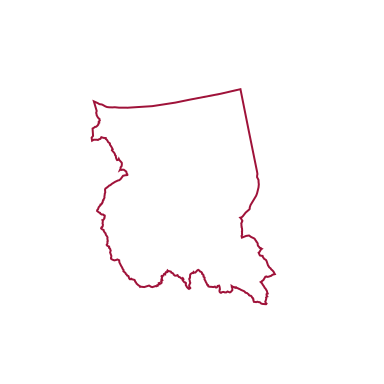 Lambayeque, Lambayeque, Peru (Natural Earth projection), rotated 138°
{"feature_id": "86281439B97940066257739", "entity_name": "Lambayeque", "entity_type": "district", "adm_level": 2, "iso_a3": "PER", "parent_name": "Peru", "parent_adm1": "Lambayeque", "projection": "natural_earth1", "projection_center": [-79.825, -6.15], "detail": "fine", "context": "isolated", "style": "outline", "palette": "rose", "viewbox_px": 384, "rotation_deg": 138, "n_neighbors": 0, "source": "geoboundaries", "source_scale": "gbopen_adm2", "svg_char_len": 6055}
<svg xmlns="http://www.w3.org/2000/svg" viewBox="0 0 384 384"><g transform="rotate(138 192 192)"><path d="M231.9,297.0L230.1,296.6L227.7,294.5L227.1,293.6L225.8,293.4L224.5,292.8L222.7,293.4L221.6,291.5L220.0,289.8L220.6,289.1L220.4,288.5L220.4,287.1L220.9,285.2L220.5,283.1L220.8,282.6L221.3,282.2L221.6,279.8L222.3,276.9L222.9,277.0L223.6,276.6L223.6,273.3L223.8,272.1L224.5,270.8L224.4,270.0L225.6,268.2L226.3,266.2L226.3,265.8L225.6,265.4L224.7,265.3L224.3,265.5L224.6,264.6L224.6,260.8L225.4,259.7L226.8,258.5L227.3,258.2L228.2,258.2L228.8,257.9L229.9,256.7L230.6,256.7L231.0,256.5L229.8,256.3L229.5,255.4L228.6,255.0L227.8,254.2L227.2,251.2L228.1,249.5L228.2,248.4L228.7,247.9L229.1,248.1L230.4,249.1L232.4,250.2L236.2,249.4L237.7,249.4L238.3,249.5L239.3,250.1L242.3,251.0L246.2,251.7L248.1,251.7L249.1,252.2L250.8,252.1L251.3,252.3L252.3,252.2L254.0,252.5L255.0,252.0L256.8,249.7L258.0,249.1L258.9,248.2L260.0,247.4L260.9,246.3L262.5,245.7L263.0,245.3L263.4,245.5L263.9,245.3L265.0,244.3L265.7,244.3L266.0,243.9L266.6,243.6L267.3,243.8L268.0,243.5L268.5,243.9L269.3,243.4L271.6,243.1L273.3,242.1L274.2,242.1L275.2,241.5L274.9,239.3L274.3,238.1L274.6,237.5L274.2,235.8L273.1,234.7L273.1,233.9L272.6,233.2L272.7,232.7L273.5,232.0L274.1,231.8L274.3,231.3L274.9,231.0L276.6,230.6L277.4,231.0L277.6,230.3L278.6,229.2L279.4,228.7L280.0,227.4L281.3,226.3L282.2,226.0L282.7,226.3L283.8,225.9L283.9,225.6L283.7,224.3L283.1,222.9L283.6,222.2L284.0,220.3L283.9,219.1L284.6,218.0L284.9,215.5L285.3,214.6L286.1,214.0L287.4,211.9L287.9,211.9L289.3,210.3L290.8,209.8L290.9,208.6L290.1,206.9L290.4,206.5L291.0,206.1L290.8,205.2L291.0,204.2L291.3,203.9L291.6,202.9L293.3,201.9L294.7,198.5L295.6,197.6L296.3,197.3L296.8,196.6L296.5,195.2L295.5,193.2L294.0,192.3L292.6,191.8L291.8,190.0L293.1,188.2L293.8,185.5L294.0,185.0L294.5,182.3L294.9,181.7L295.1,179.7L296.0,179.0L295.6,176.5L295.9,175.8L296.0,174.9L295.8,174.4L296.1,173.3L295.5,172.1L295.8,171.3L296.3,170.5L296.6,168.9L295.8,168.1L295.2,168.2L294.9,167.2L293.6,165.2L293.6,164.6L294.2,163.4L294.1,162.4L294.5,161.1L294.2,158.4L293.7,156.8L294.0,156.2L293.5,156.0L291.1,153.3L286.5,151.2L285.8,148.8L285.5,148.5L285.2,147.9L281.9,146.4L281.6,145.8L280.3,145.3L280.0,145.9L279.4,145.6L278.5,145.8L278.2,145.5L277.7,146.5L277.1,146.3L277.0,145.9L277.1,145.6L276.6,144.9L275.3,144.9L274.5,145.9L274.6,146.4L273.7,146.8L273.6,146.4L273.2,146.3L273.1,147.4L272.6,147.3L272.2,148.2L271.5,148.4L271.2,148.8L271.1,149.7L270.8,149.9L270.6,149.9L270.2,149.4L269.1,149.0L267.7,149.8L266.9,149.5L266.8,149.0L266.5,149.3L266.1,149.3L265.7,149.7L265.1,149.9L264.0,149.0L263.6,149.0L263.3,149.1L263.0,150.0L262.7,150.1L262.7,149.6L261.0,147.0L261.1,146.3L261.3,145.8L261.0,145.4L260.6,144.3L260.7,143.2L260.9,142.8L260.7,141.4L259.9,140.5L258.4,139.9L258.6,139.3L258.6,137.6L258.3,137.3L257.9,136.2L257.8,135.0L257.4,134.1L256.5,134.2L256.5,133.5L256.8,133.2L256.9,132.8L257.8,132.9L258.0,132.7L258.1,130.4L258.0,129.7L257.5,129.3L257.4,128.4L258.8,127.1L259.0,126.7L259.0,126.1L259.3,125.2L259.4,124.4L259.3,122.6L259.1,122.0L258.5,122.0L258.0,121.7L257.6,121.7L257.4,122.0L257.4,123.3L256.9,124.2L256.1,124.8L254.1,125.6L253.4,127.2L252.8,127.9L252.3,129.2L251.8,129.5L251.0,129.5L248.8,131.7L247.8,132.0L246.8,131.8L246.1,131.7L245.4,131.0L244.4,131.5L244.3,130.6L243.4,129.9L240.5,130.2L239.5,130.0L239.1,128.7L239.3,127.8L238.6,126.2L238.7,125.1L239.1,124.7L239.3,124.2L239.0,123.6L239.2,122.8L239.1,122.4L240.1,121.4L239.9,120.0L241.2,118.7L241.4,117.2L241.8,116.4L242.2,114.5L242.8,112.7L242.4,112.3L242.4,111.9L242.9,111.3L243.0,110.9L242.4,109.9L240.8,108.3L239.8,107.1L238.3,106.4L238.3,105.3L237.6,104.6L237.1,104.5L235.8,105.0L234.5,104.3L234.8,103.4L235.7,101.9L236.5,100.9L237.2,100.7L238.0,99.8L238.3,99.1L238.2,98.1L237.9,97.7L237.6,97.8L236.4,97.3L235.3,96.5L234.8,95.4L233.8,94.5L232.2,94.3L231.1,92.1L230.4,91.8L227.8,92.0L226.1,93.9L226.1,94.6L225.4,95.6L225.0,93.9L224.4,93.4L224.0,91.8L223.6,91.5L223.0,91.7L222.7,90.3L222.3,89.8L222.1,88.9L221.7,88.4L221.0,86.3L219.7,83.5L219.5,82.4L219.7,81.8L219.4,81.0L218.8,80.3L218.4,77.9L218.7,77.1L218.3,76.2L217.7,75.5L217.6,74.4L218.0,73.3L217.7,72.6L218.2,71.6L218.1,71.2L218.7,70.7L219.5,69.0L218.0,67.2L216.9,66.8L216.3,65.7L215.4,64.8L215.2,62.8L214.6,61.8L212.4,59.4L211.9,59.0L211.3,59.2L211.4,60.0L211.1,61.1L210.8,61.6L210.3,61.7L208.7,62.7L208.0,63.2L207.6,64.0L206.6,64.2L206.0,64.0L205.8,65.1L205.0,66.2L204.4,66.2L203.7,65.9L203.3,67.1L202.6,68.3L202.0,71.1L202.1,72.2L201.7,73.5L201.4,76.2L201.1,77.1L201.2,79.1L200.1,78.8L199.8,79.0L197.9,78.8L194.3,79.9L193.6,79.4L193.3,79.5L192.7,78.4L191.7,77.8L189.1,76.7L187.6,76.7L185.4,75.5L184.7,78.3L184.7,80.1L184.9,81.5L184.7,82.7L185.0,84.4L184.6,86.0L184.7,86.4L182.9,90.5L182.5,91.9L182.8,93.1L183.1,93.9L182.8,96.3L182.3,97.3L183.3,98.4L184.0,99.5L183.1,102.3L182.3,102.2L179.1,103.2L178.2,103.1L178.4,103.6L178.4,104.4L179.1,105.2L178.9,105.9L178.9,107.9L178.5,108.8L177.6,109.8L177.3,111.3L177.4,112.1L177.1,112.7L177.1,113.7L176.8,114.8L176.9,116.0L178.2,119.1L178.7,121.5L181.1,123.1L185.4,124.7L184.6,126.2L183.3,126.7L182.5,127.9L181.6,128.7L181.3,129.3L180.8,129.5L179.1,131.6L178.6,132.9L178.1,133.2L177.8,133.9L177.2,134.5L176.3,135.8L175.4,136.0L174.8,136.5L173.9,136.8L173.3,139.4L173.3,140.6L172.1,140.0L170.4,140.0L165.9,140.8L160.9,140.7L160.4,140.9L159.4,141.9L157.3,143.1L146.8,146.3L144.5,147.5L139.5,150.9L137.2,153.0L136.0,154.7L134.5,156.5L133.7,159.5L132.2,161.0L131.4,161.5L130.1,163.5L108.4,200.3L87.2,236.0L104.9,245.8L132.0,262.2L144.6,269.6L164.1,282.4L183.3,297.6L189.7,303.4L192.7,306.7L194.5,308.1L196.9,310.4L198.3,312.0L199.1,313.6L200.2,316.9L200.7,317.7L202.0,319.2L202.6,321.2L204.3,325.0L208.6,316.0L210.3,314.9L210.8,313.8L211.5,312.8L212.1,310.2L211.9,308.1L212.3,307.7L212.7,306.8L214.4,306.6L214.7,306.2L214.7,305.7L215.1,305.8L215.4,305.6L215.4,305.4L216.1,305.2L216.5,304.8L217.2,304.8L217.5,304.6L219.2,304.6L219.7,304.7L220.5,305.3L220.8,305.2L223.4,305.7L228.0,299.9L230.3,299.5L231.9,297.0Z" fill="none" stroke="#9f1239" stroke-width="2"/></g></svg>